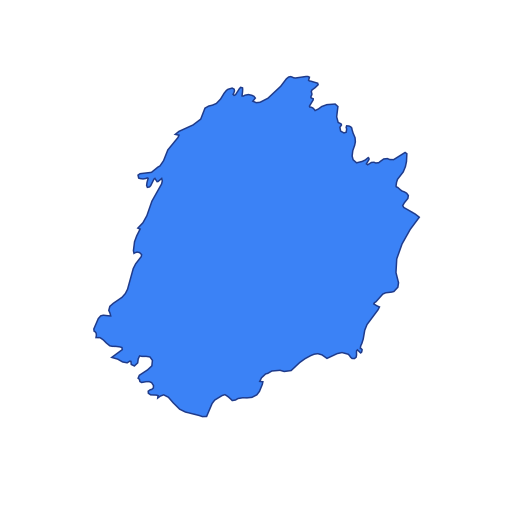 an SVG outline of Pirkanmaa, rotated 129°
{"feature_id": "FIN-3186", "entity_name": "Pirkanmaa", "entity_type": "Region", "adm_level": 1, "iso_a3": "FIN", "parent_name": "Finland", "parent_adm1": "", "projection": "robinson", "projection_center": [23.692, 61.717], "detail": "fine", "context": "isolated", "style": "filled", "palette": "blue", "viewbox_px": 512, "rotation_deg": 129, "n_neighbors": 0, "source": "natural_earth", "source_scale": "10m", "svg_char_len": 4048}
<svg xmlns="http://www.w3.org/2000/svg" viewBox="0 0 512 512"><g transform="rotate(129 256 256)"><path d="M290.9,136.4L291.3,142.5L293.0,146.5L295.7,149.0L299.0,150.8L305.0,153.3L311.3,155.0L322.9,156.6L328.0,161.4L329.7,165.4L335.4,171.3L339.8,173.0L341.6,174.3L347.2,175.1L351.1,174.2L349.4,171.5L351.8,170.3L359.1,168.1L363.4,168.0L368.4,170.2L371.8,173.6L374.6,177.2L378.1,180.3L380.8,181.3L383.3,183.5L383.1,185.4L382.9,188.6L383.1,191.5L383.3,192.9L385.7,194.5L393.9,197.4L398.2,197.3L411.8,193.4L414.5,196.5L415.7,199.8L421.7,212.7L423.1,218.9L422.2,227.9L420.9,235.2L422.0,240.4L425.1,242.2L428.2,243.0L426.9,243.8L426.1,244.2L426.8,245.9L430.2,250.5L430.4,253.3L428.9,254.7L426.4,254.0L425.4,253.1L423.2,252.7L421.2,254.1L420.1,257.4L420.8,259.9L422.9,262.4L426.3,265.3L426.6,267.2L425.9,268.2L425.3,268.8L425.2,269.5L425.2,270.7L422.1,271.6L412.7,268.6L406.9,267.8L402.3,270.8L401.2,274.9L403.1,278.2L405.8,281.5L406.9,283.6L410.1,282.8L413.5,280.7L418.0,281.3L418.8,284.7L416.6,286.9L417.1,287.9L420.1,288.9L422.3,293.0L423.2,298.6L425.6,304.3L412.9,301.0L411.5,302.6L412.3,304.6L414.4,308.0L416.6,310.8L417.8,313.1L417.8,317.5L417.3,321.8L417.6,325.8L420.1,329.0L418.0,330.2L416.6,331.6L416.1,333.4L416.3,334.5L414.8,336.1L403.8,339.2L400.2,339.0L398.1,337.4L394.9,332.4L394.0,331.2L392.3,333.5L390.9,336.2L387.1,337.9L382.5,337.1L372.3,334.1L367.4,333.9L362.7,334.9L343.0,343.5L337.8,344.6L328.6,344.8L326.9,345.8L326.6,348.7L327.8,350.9L329.8,352.2L330.7,352.5L329.0,354.6L321.3,359.4L315.4,361.4L308.0,363.0L308.2,363.4L308.7,365.4L301.3,364.8L293.3,366.2L278.9,371.4L259.5,374.7L256.7,376.0L255.1,378.1L259.8,379.0L260.5,379.7L260.2,380.4L259.6,382.7L259.3,383.4L260.5,383.7L267.5,382.1L269.3,382.2L271.0,383.6L270.0,385.4L267.4,387.0L263.5,388.7L263.8,389.7L265.1,390.4L267.2,392.3L268.7,394.7L269.3,396.2L267.4,398.6L265.0,397.9L256.8,389.9L248.7,388.2L246.4,387.3L240.2,387.8L229.0,391.3L212.9,391.2L210.6,391.9L210.9,392.5L212.3,395.3L207.6,394.3L193.8,387.4L184.4,385.1L173.2,388.7L169.2,387.1L166.2,384.8L162.4,382.8L156.3,382.3L149.6,383.2L145.9,383.2L144.1,382.7L140.5,380.2L140.1,378.0L141.2,376.6L143.4,375.8L144.8,375.6L145.0,374.1L143.5,373.4L136.4,374.2L134.6,374.1L133.8,372.3L134.8,371.3L137.0,369.7L140.4,367.6L139.7,366.5L137.9,365.7L135.3,363.5L133.7,360.3L133.2,358.1L133.7,355.9L137.7,355.9L136.7,352.3L134.0,349.6L125.9,346.0L108.5,343.6L99.2,343.9L96.4,343.3L94.8,342.0L94.2,340.5L93.8,338.9L92.9,337.4L84.9,330.0L83.8,328.6L83.4,327.0L86.4,325.7L86.3,324.5L85.6,323.4L82.9,316.8L83.8,315.5L88.0,316.0L91.8,317.0L93.6,316.4L94.2,315.4L95.0,314.4L96.2,313.9L97.4,313.7L98.4,312.9L98.1,311.3L98.0,310.9L97.8,310.5L98.7,309.8L105.9,308.8L106.4,307.9L105.7,306.9L105.2,305.1L105.4,302.9L105.8,301.6L102.4,300.0L98.5,299.0L93.8,296.2L88.1,290.1L88.3,286.4L97.1,280.9L100.5,276.2L99.8,273.1L100.4,272.0L103.2,271.8L105.7,268.8L105.0,265.1L103.1,263.8L100.3,265.4L99.3,266.9L97.8,267.5L96.5,265.6L96.0,263.7L96.3,262.0L97.0,261.4L99.4,257.9L101.8,253.4L104.8,250.6L107.9,249.0L113.2,247.1L117.8,244.2L120.1,241.1L120.3,236.5L115.7,233.0L112.6,231.5L108.9,230.7L109.0,229.7L109.9,228.9L114.9,228.2L114.8,226.6L110.7,225.2L108.9,223.3L108.4,221.5L106.2,219.3L104.1,218.9L100.2,217.8L97.6,215.2L96.9,212.8L94.5,209.7L81.7,205.3L81.6,203.1L87.9,198.5L92.6,196.1L98.0,194.5L107.3,194.3L110.4,193.1L113.5,191.2L114.0,190.4L113.5,189.1L113.7,185.7L113.6,183.4L112.8,181.0L112.4,178.5L113.1,175.7L115.7,174.2L121.3,174.2L124.5,173.7L125.3,171.7L123.2,158.7L123.1,153.5L138.2,152.9L154.7,150.1L169.7,144.8L180.8,136.8L187.1,128.4L191.0,126.1L196.8,126.5L198.6,127.8L203.0,132.1L205.8,133.5L216.1,134.0L217.8,134.6L219.1,134.3L218.7,131.0L218.2,129.0L217.9,128.0L221.2,127.3L239.4,126.6L245.2,124.8L253.1,120.4L257.4,118.7L259.9,118.1L262.1,116.8L261.8,115.8L262.0,114.6L263.2,113.9L264.4,113.4L265.5,113.7L265.1,118.1L266.3,118.2L267.5,117.4L269.6,115.6L271.6,114.5L273.7,114.9L275.2,116.9L275.1,118.8L274.5,120.7L274.3,122.5L276.9,128.4L280.8,131.5L290.9,136.4Z" fill="#3b82f6" stroke="#1e3a8a" stroke-width="1.5"/></g></svg>